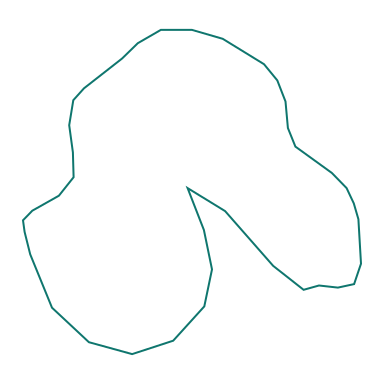 Eckerö, Equal Earth projection
{"feature_id": "ALD-4812", "entity_name": "Eckerö", "entity_type": "state/province", "adm_level": 1, "iso_a3": "ALA", "parent_name": "Aland", "parent_adm1": "", "projection": "equal_earth", "projection_center": [19.596, 60.195], "detail": "fine", "context": "isolated", "style": "outline", "palette": "teal", "viewbox_px": 384, "rotation_deg": 0, "n_neighbors": 0, "source": "natural_earth", "source_scale": "10m", "svg_char_len": 587}
<svg xmlns="http://www.w3.org/2000/svg" viewBox="0 0 384 384"><path d="M287.9,128.0L295.4,146.6L331.9,173.0L346.6,188.1L353.8,203.4L358.4,219.2L361.0,263.7L354.1,284.1L337.9,287.6L319.0,285.5L303.6,289.8L273.2,265.9L225.1,211.1L187.6,188.1L203.9,230.0L212.0,269.4L204.3,306.4L173.2,340.7L132.1,354.1L88.9,342.2L52.0,307.7L30.2,254.3L24.6,231.9L23.0,220.3L32.3,210.7L58.9,195.7L73.6,177.2L72.9,152.4L69.2,125.2L73.3,100.2L84.0,88.3L122.1,58.5L137.8,43.2L160.8,29.9L192.0,29.9L222.7,38.8L264.0,64.2L277.3,80.4L285.5,101.5L287.9,128.0Z" fill="none" stroke="#0f766e" stroke-width="2"/></svg>